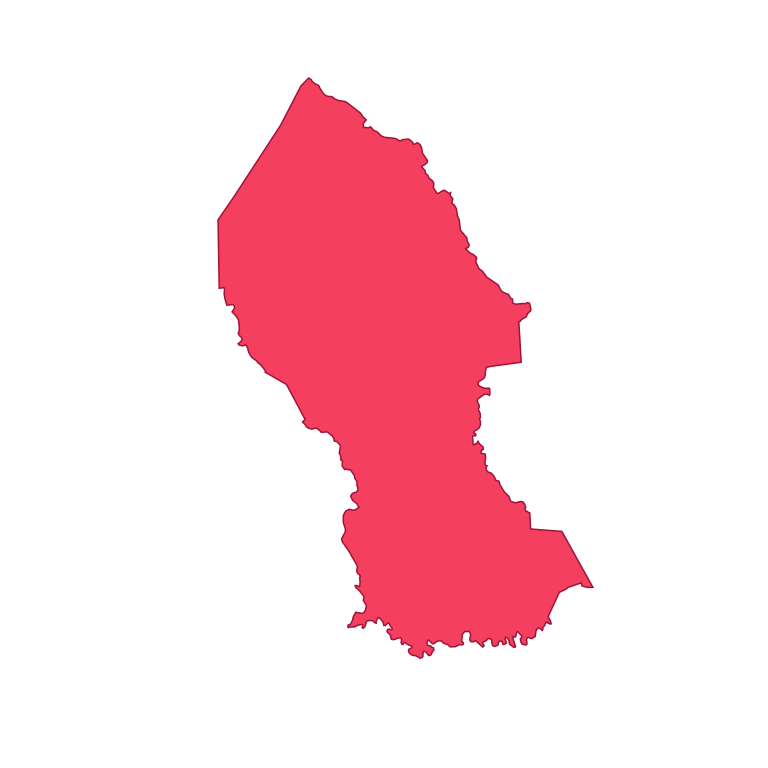 Candelaria Loxicha, Oaxaca, Mexico (Robinson projection), rotated 146°
{"feature_id": "50627088B4271549449183", "entity_name": "Candelaria Loxicha", "entity_type": "district", "adm_level": 2, "iso_a3": "MEX", "parent_name": "Mexico", "parent_adm1": "Oaxaca", "projection": "robinson", "projection_center": [-96.515, 15.9], "detail": "fine", "context": "isolated", "style": "filled", "palette": "rose", "viewbox_px": 768, "rotation_deg": 146, "n_neighbors": 0, "source": "geoboundaries", "source_scale": "gbopen_adm2", "svg_char_len": 6133}
<svg xmlns="http://www.w3.org/2000/svg" viewBox="0 0 768 768"><g transform="rotate(146 384 384)"><path d="M275.4,679.8L286.3,677.5L324.9,656.4L402.6,623.6L429.8,612.9L467.1,555.5L463.1,553.5L462.8,553.0L463.2,551.8L466.0,548.3L468.0,544.2L470.3,537.3L465.0,534.4L464.6,534.1L464.5,532.4L465.5,530.5L469.6,528.7L468.6,523.1L468.8,518.6L472.4,511.7L474.5,508.8L476.6,507.5L476.8,504.9L476.2,502.9L476.5,500.3L479.2,499.2L482.4,499.0L482.3,497.4L481.4,496.1L479.7,494.6L476.9,493.8L476.6,493.0L476.9,490.2L478.4,486.1L478.8,482.7L478.6,479.4L476.7,474.6L476.6,472.1L475.5,468.9L475.0,462.8L475.3,459.8L475.7,459.9L465.1,438.1L469.1,400.1L468.6,399.5L469.9,398.4L472.5,398.4L472.8,397.7L472.1,395.2L472.2,391.9L471.1,389.3L469.1,387.0L464.7,385.3L463.2,381.2L463.3,379.6L461.9,378.3L458.3,376.3L457.5,375.4L456.4,370.7L455.6,369.8L456.0,368.8L456.0,366.7L457.1,364.9L456.9,364.1L455.4,362.8L454.5,357.2L459.8,351.7L460.1,348.7L462.2,345.2L461.6,343.5L461.8,343.0L464.5,339.5L464.5,335.1L463.2,335.0L461.7,332.8L459.9,332.0L459.7,324.7L461.0,322.0L460.9,318.1L463.2,315.1L463.8,312.3L465.0,310.6L467.6,309.8L470.0,310.8L471.8,310.9L474.2,309.7L474.7,308.4L475.1,305.1L473.4,299.9L473.9,295.9L473.1,295.5L478.8,296.0L480.1,296.6L482.7,299.5L486.7,300.1L489.2,299.0L491.4,297.5L495.2,292.0L496.9,285.8L498.5,283.3L505.8,279.3L506.8,276.4L506.6,264.9L507.9,247.9L511.2,244.0L511.8,242.6L510.9,238.3L511.5,237.5L512.3,237.4L514.8,232.8L517.1,230.2L517.9,229.9L519.7,232.6L520.6,233.0L521.0,232.7L521.1,230.6L519.9,226.2L519.5,219.2L520.0,218.1L522.1,216.3L522.5,210.2L525.4,207.2L528.5,205.7L530.0,205.9L530.9,206.5L535.1,210.6L539.6,208.2L541.8,206.1L545.8,203.6L548.4,204.2L549.7,203.2L549.8,202.0L548.9,202.0L544.3,199.1L540.4,198.6L536.6,197.0L536.4,196.0L538.4,194.1L538.0,193.2L535.9,193.3L532.7,195.6L532.6,196.4L530.3,197.1L526.2,194.7L524.8,190.6L524.1,190.1L523.1,191.9L519.2,193.6L518.2,191.3L518.0,188.5L518.3,185.9L519.2,184.0L518.1,183.0L514.3,183.7L513.6,182.9L514.1,179.8L513.8,176.9L514.4,176.2L515.4,176.1L516.5,177.7L517.7,178.4L519.6,177.8L520.0,176.4L519.1,172.5L520.7,168.3L519.1,166.7L517.1,165.9L515.9,166.0L512.5,164.6L512.0,163.9L512.8,161.6L514.3,160.4L514.8,158.1L514.1,157.5L511.9,158.4L511.1,157.7L510.0,154.6L508.0,151.6L507.7,150.5L509.1,149.8L511.9,150.2L513.0,149.0L513.5,146.9L512.9,144.5L511.7,142.8L509.5,140.8L507.3,136.4L505.1,135.9L504.2,136.3L501.4,139.9L500.3,140.0L499.2,138.4L498.8,134.0L497.9,133.3L496.5,133.2L492.8,135.3L491.8,135.4L491.0,136.1L490.5,137.7L491.8,139.2L491.7,140.6L493.5,142.5L494.0,143.8L493.3,145.5L490.4,146.9L490.0,146.6L489.1,141.5L487.8,140.8L484.6,141.0L481.5,140.3L480.0,138.4L479.7,135.9L476.7,132.1L476.2,129.1L471.6,126.3L467.1,125.7L465.0,123.9L463.9,123.9L462.9,124.8L463.3,126.9L463.0,127.8L460.2,131.2L458.8,132.7L455.4,133.7L453.3,132.0L452.3,132.1L451.9,131.6L451.8,129.1L452.6,127.5L456.0,124.1L456.1,121.8L453.9,120.2L451.6,120.0L449.3,110.7L447.3,111.0L447.2,113.9L446.3,114.7L442.6,114.0L441.0,114.7L439.2,114.5L437.8,111.6L439.5,108.9L440.2,106.6L439.7,105.4L438.6,104.4L436.3,103.9L435.2,104.0L433.4,106.1L430.8,105.8L430.2,104.1L431.0,101.5L429.1,100.7L427.1,100.9L426.2,105.2L425.0,106.1L424.0,104.8L423.7,102.2L424.1,100.4L425.1,99.2L425.3,97.8L423.7,93.2L422.8,92.5L421.8,92.7L419.0,102.2L418.4,102.4L417.0,100.9L416.1,100.9L412.9,103.9L411.7,104.1L410.6,98.0L411.5,97.1L413.3,96.7L414.7,93.9L415.0,91.6L414.6,90.6L412.2,88.2L410.9,88.4L408.7,92.5L407.2,93.6L406.2,93.3L404.1,90.5L403.1,90.1L401.7,90.4L399.9,90.0L396.1,94.3L394.4,95.4L392.3,95.3L391.2,93.7L390.7,91.2L389.4,91.7L388.7,93.4L385.7,93.9L384.6,95.1L382.1,95.8L381.7,93.7L380.9,93.4L380.9,92.5L379.5,91.7L378.3,95.1L378.5,96.0L377.8,99.5L355.2,113.2L347.2,112.1L345.6,112.6L331.7,108.8L332.7,105.8L329.3,101.8L324.5,98.6L319.0,162.4L343.5,181.8L335.2,195.7L336.2,197.0L336.3,198.1L337.5,199.3L337.0,201.8L335.5,202.2L334.6,206.3L334.7,208.6L336.2,210.1L341.5,212.1L344.2,215.3L344.4,216.7L343.3,221.0L344.5,226.9L344.5,230.9L344.1,236.1L343.0,238.6L343.2,239.5L344.7,240.9L345.0,241.9L344.3,246.7L345.1,250.5L347.0,253.0L347.3,255.3L346.7,256.9L345.6,258.0L344.3,258.4L345.2,259.9L344.9,261.4L342.9,264.1L341.5,265.3L339.3,269.2L342.1,272.2L341.5,273.6L340.2,274.3L338.2,274.3L337.1,276.4L338.3,281.2L338.1,283.9L341.5,282.6L341.6,283.2L343.7,283.4L343.8,284.1L340.2,290.6L339.5,291.2L338.2,290.9L337.4,289.9L336.3,290.2L336.0,291.5L336.9,293.4L334.8,294.5L332.8,294.1L329.6,294.4L326.9,296.2L324.9,299.3L324.5,301.4L322.5,302.6L320.7,305.9L320.0,310.1L317.6,311.9L317.0,313.3L316.4,317.4L314.9,319.1L306.5,319.4L304.6,318.3L302.9,315.6L301.4,316.9L299.1,320.9L299.3,322.0L303.0,324.1L305.7,328.2L306.4,330.6L304.7,332.9L297.8,332.9L295.1,334.6L293.1,337.5L289.8,340.6L285.2,338.7L258.1,325.3L237.4,360.2L236.1,359.8L234.6,360.4L231.2,360.5L229.0,360.0L224.8,362.3L221.3,362.7L220.0,364.7L218.2,369.7L220.0,371.5L221.9,371.4L223.5,372.9L230.4,376.6L231.7,378.8L231.7,379.9L230.2,381.9L230.1,382.9L230.9,383.8L231.1,385.3L230.7,387.6L230.9,389.2L232.1,390.4L234.4,394.4L234.7,395.9L234.0,402.4L239.0,414.9L239.3,422.3L240.7,426.6L239.8,433.2L238.8,435.1L237.1,436.0L236.5,437.2L237.6,441.7L238.7,443.0L239.8,445.9L240.7,450.6L238.0,450.2L236.2,450.9L235.4,452.4L235.1,456.1L233.6,458.8L234.6,468.8L229.7,478.3L229.3,481.6L225.9,489.2L225.7,493.1L226.7,496.0L223.4,499.0L223.7,503.3L221.8,505.4L223.5,505.5L225.2,510.3L225.9,511.0L226.7,511.4L232.5,511.7L233.4,512.7L233.3,519.0L230.5,522.5L230.2,523.8L230.3,525.8L231.6,529.5L231.0,532.5L231.8,535.3L230.6,538.0L231.3,542.9L230.9,543.5L228.5,543.1L224.7,543.3L223.0,544.9L223.0,554.0L220.8,558.6L220.2,562.3L221.0,564.6L221.9,565.6L224.4,565.6L225.5,566.5L225.1,568.0L225.8,571.4L226.9,573.5L232.1,576.3L234.8,576.3L237.3,581.3L245.8,588.4L247.5,591.2L248.8,597.3L250.6,599.6L251.4,604.8L253.6,605.1L256.8,607.8L257.2,608.7L256.1,610.7L254.9,611.7L251.0,612.9L252.1,617.5L251.9,621.4L257.5,638.5L258.7,640.4L263.1,644.3L265.3,647.7L266.5,651.4L269.6,653.8L270.7,655.3L271.5,657.2L271.9,660.1L271.6,666.1L271.2,667.2L271.5,668.6L273.4,671.7L274.4,675.1L274.1,677.1L275.4,679.8Z" fill="#f43f5e" stroke="#9f1239" stroke-width="1.5"/></g></svg>